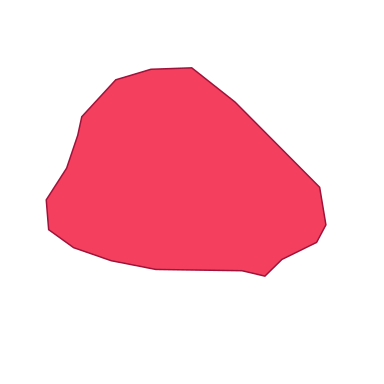 an SVG outline of Andorra, rotated 30°
{"feature_id": "AND", "entity_name": "Andorra", "entity_type": "country or territory", "adm_level": 0, "iso_a3": "AND", "parent_name": "Europe", "parent_adm1": "", "projection": "natural_earth1", "projection_center": [1.563, 42.539], "detail": "fine", "context": "isolated", "style": "filled", "palette": "rose", "viewbox_px": 384, "rotation_deg": 30, "n_neighbors": 0, "source": "natural_earth", "source_scale": "50m", "svg_char_len": 389}
<svg xmlns="http://www.w3.org/2000/svg" viewBox="0 0 384 384"><g transform="rotate(30 192 192)"><path d="M297.2,228.4L274.6,235.2L199.3,277.2L156.4,291.9L117.3,299.4L86.7,296.3L69.7,271.7L71.5,234.0L64.7,200.0L58.9,181.9L69.9,132.9L95.0,106.3L129.7,84.6L184.3,92.6L300.2,124.1L324.4,153.5L325.1,173.3L303.6,205.4L297.2,228.4Z" fill="#f43f5e" stroke="#9f1239" stroke-width="1.5"/></g></svg>